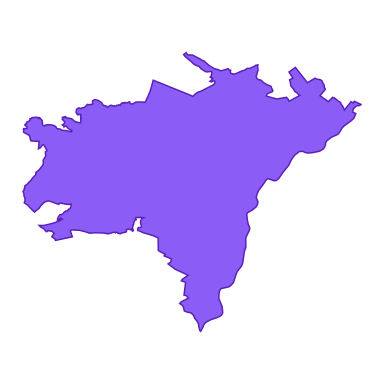 Brancovenesti, Mures, Romania
{"feature_id": "2599482B90638587736477", "entity_name": "Brancovenesti", "entity_type": "district", "adm_level": 2, "iso_a3": "ROU", "parent_name": "Romania", "parent_adm1": "Mures", "projection": "robinson", "projection_center": [24.725, 46.873], "detail": "fine", "context": "isolated", "style": "filled", "palette": "violet", "viewbox_px": 384, "rotation_deg": 0, "n_neighbors": 0, "source": "geoboundaries", "source_scale": "gbopen_adm2", "svg_char_len": 5836}
<svg xmlns="http://www.w3.org/2000/svg" viewBox="0 0 384 384"><path d="M252.3,210.0L256.0,207.0L257.3,204.9L257.8,203.1L257.8,201.1L256.4,198.2L256.5,195.9L258.4,190.8L263.0,184.7L266.7,179.2L268.6,178.8L274.1,180.7L275.3,180.7L276.8,180.2L278.8,178.5L282.7,172.7L288.7,165.3L291.4,159.8L293.2,157.0L295.2,154.7L299.3,151.6L302.6,151.3L305.5,152.6L307.2,153.0L311.9,152.8L319.6,151.2L323.3,149.0L324.2,147.8L325.1,145.8L325.9,142.1L326.6,141.0L331.6,137.2L337.9,134.3L339.1,132.9L342.1,128.1L343.9,126.1L350.9,121.0L353.9,118.2L355.8,113.5L352.5,112.1L353.6,108.3L354.2,108.1L355.2,106.9L356.5,105.9L357.5,105.6L359.4,105.6L360.6,104.9L361.0,104.4L354.3,101.3L353.3,102.9L351.0,101.7L344.4,110.1L343.2,107.1L340.9,103.7L340.5,102.4L338.4,101.1L334.4,97.9L334.2,98.2L332.6,97.3L328.4,101.6L320.0,95.7L324.5,90.4L325.0,89.7L325.2,88.7L324.2,87.3L324.3,86.2L324.0,84.8L322.3,82.1L321.9,80.7L320.1,79.6L316.8,79.1L315.0,78.2L307.4,82.7L295.4,67.4L289.0,72.0L292.8,78.1L289.6,79.8L289.8,80.9L290.2,81.6L290.7,85.3L291.1,86.3L293.8,89.5L294.2,90.6L295.1,91.7L296.9,92.8L298.8,94.9L299.8,95.4L289.2,101.2L288.0,99.0L286.5,97.3L276.9,99.0L266.3,96.1L266.7,94.7L268.2,93.3L272.4,91.7L272.9,90.5L271.5,87.9L271.0,86.3L266.8,84.6L263.1,82.3L261.1,80.2L258.1,79.5L257.4,79.0L256.6,77.7L256.2,76.1L256.9,74.5L257.2,72.5L258.1,70.2L257.7,67.8L257.9,64.9L255.7,65.3L254.9,66.0L249.9,68.4L247.1,68.4L244.5,70.3L242.3,70.7L236.9,73.2L234.1,74.2L233.7,73.9L232.8,74.1L232.3,73.7L230.9,73.4L230.2,71.8L230.7,70.3L229.3,70.0L228.3,68.7L220.9,70.9L218.1,69.6L214.4,68.7L209.1,65.5L203.7,60.7L201.1,59.9L200.6,59.2L192.4,55.0L188.0,54.9L187.4,54.6L186.2,52.7L183.6,54.6L185.2,56.6L191.7,62.0L193.0,63.5L195.2,65.0L199.4,66.7L200.6,68.5L205.5,71.6L207.1,71.9L211.1,71.5L211.8,71.7L211.6,74.6L211.1,76.1L210.4,76.7L210.3,77.4L211.5,77.6L211.8,78.3L212.5,78.0L212.7,78.5L212.6,79.0L209.9,81.4L211.5,81.9L213.3,81.0L214.4,80.8L215.0,82.2L214.4,83.9L213.4,84.8L199.9,91.7L198.0,92.1L195.3,93.9L193.1,96.3L153.2,80.2L150.8,89.1L149.0,94.0L145.2,102.3L141.9,102.0L136.4,102.0L135.8,102.1L132.9,103.9L131.0,103.9L130.5,103.8L129.6,101.9L128.9,101.9L127.6,102.8L126.8,102.9L126.0,102.5L123.7,102.7L124.0,103.2L123.5,103.3L122.3,102.9L121.2,103.4L120.7,105.2L120.4,105.4L119.3,104.8L118.4,104.9L117.4,105.5L116.7,105.3L116.2,105.9L114.9,106.3L114.4,105.7L113.3,106.0L111.0,105.2L109.3,105.9L108.3,107.1L107.2,107.1L106.7,106.2L103.2,105.2L101.6,102.7L98.3,100.4L94.5,99.6L92.5,101.0L92.7,103.8L92.4,104.2L89.0,104.7L87.4,104.4L84.3,107.6L82.3,107.7L80.4,108.7L79.6,108.0L78.4,108.0L76.5,109.4L76.0,112.3L77.5,114.7L78.1,114.2L78.9,114.8L80.0,114.3L81.1,114.8L80.6,116.2L80.7,117.1L81.1,117.7L80.7,118.1L80.9,118.7L80.7,119.1L80.7,120.4L81.1,121.1L80.3,122.9L75.1,121.6L71.6,118.7L65.2,117.5L65.7,116.9L65.6,116.6L62.4,117.3L62.5,118.2L62.2,119.1L63.1,119.4L63.1,120.4L64.4,121.3L64.6,122.8L64.3,123.6L62.3,124.9L63.6,125.8L64.0,127.0L65.4,126.1L66.5,126.2L67.4,127.7L68.6,128.8L71.6,130.4L71.9,131.1L71.6,131.8L70.8,131.4L70.1,131.6L67.6,130.8L61.6,130.2L60.1,129.0L57.3,128.8L56.5,128.2L56.1,127.0L54.5,125.7L52.1,125.0L47.6,124.6L45.0,125.3L45.0,125.8L43.4,125.6L42.4,124.7L42.2,123.9L42.6,122.8L42.1,121.9L42.3,120.7L40.5,118.5L39.2,117.5L38.8,117.6L39.2,118.2L38.8,118.6L37.3,117.4L35.8,117.2L31.9,117.7L31.3,118.5L30.0,118.7L30.3,119.3L29.7,120.4L28.5,121.4L26.9,122.0L26.1,123.4L26.3,124.0L24.9,124.7L25.0,125.3L26.9,126.8L27.1,127.4L27.0,128.1L26.6,128.5L23.6,128.6L23.6,132.2L29.5,135.6L30.7,140.6L31.2,140.9L39.2,141.5L38.4,148.8L40.5,147.7L42.1,145.3L43.2,144.8L44.1,145.4L47.0,150.5L45.3,151.9L45.8,156.0L43.5,159.5L43.1,160.8L43.4,162.4L43.2,163.8L42.8,165.1L39.0,170.0L36.0,172.3L35.6,174.9L32.5,178.0L31.1,180.3L28.8,182.3L27.6,183.8L24.7,186.1L24.7,187.6L24.2,188.9L24.3,189.7L23.0,191.4L23.9,193.8L24.0,196.0L24.9,198.1L25.0,200.5L24.2,202.8L27.5,205.0L33.3,211.1L34.6,212.1L36.3,210.4L38.8,208.7L40.7,205.8L44.6,202.1L47.9,200.9L49.5,201.1L58.7,204.4L60.3,202.9L65.8,204.2L69.8,204.5L71.1,204.0L71.2,204.4L71.0,206.6L69.8,209.0L68.8,209.1L67.3,211.0L66.1,210.9L65.0,211.5L64.0,212.3L63.1,213.7L61.2,214.8L60.0,214.6L58.3,216.9L58.1,217.8L57.7,218.3L57.4,220.1L58.2,220.0L60.9,218.1L62.3,219.2L58.7,221.2L53.5,223.1L44.3,225.4L39.1,225.4L40.5,226.9L43.6,228.7L46.3,231.7L47.2,231.5L48.3,230.6L50.6,231.2L51.9,231.1L54.1,233.4L51.8,236.7L54.8,238.9L55.5,240.4L72.4,236.8L70.3,230.8L71.8,229.9L79.5,230.3L84.9,231.6L89.5,233.2L95.0,232.8L103.2,233.0L108.3,233.8L114.1,232.2L115.3,232.8L116.2,232.2L117.6,232.4L117.9,233.3L120.1,233.8L122.6,232.7L125.7,232.3L126.6,231.0L126.3,230.1L126.5,229.6L128.4,229.0L132.0,230.2L132.3,231.0L132.7,231.1L133.4,230.6L133.4,230.1L132.0,228.7L132.7,228.4L132.6,226.7L133.6,224.5L134.0,221.9L134.7,220.5L135.9,220.0L136.3,219.6L135.5,218.5L136.0,217.5L142.0,217.5L143.5,217.8L142.0,218.4L140.7,220.5L140.5,222.7L140.8,224.1L141.5,225.0L141.1,227.0L140.2,227.7L138.8,227.5L138.0,228.0L137.6,228.9L137.7,230.5L138.4,230.5L143.2,232.7L153.0,235.6L158.1,237.9L158.3,250.3L158.6,250.8L165.3,254.3L164.6,254.9L164.1,255.9L171.5,258.9L170.5,262.2L168.1,263.9L175.3,269.3L188.1,275.2L182.6,279.1L181.4,280.4L181.4,280.9L185.6,282.3L184.0,295.1L186.6,295.8L188.3,298.2L181.5,301.6L179.7,303.5L182.9,305.8L184.4,311.0L188.0,312.4L190.8,312.7L193.4,315.2L194.7,318.3L197.0,321.2L198.3,323.7L198.7,324.9L198.7,326.5L199.5,329.0L199.7,330.4L200.7,331.3L203.1,326.9L203.8,324.7L205.5,322.6L210.7,319.7L216.6,317.8L219.7,316.4L221.5,315.1L222.5,313.5L222.7,312.2L222.1,306.4L218.9,298.7L218.9,294.7L219.4,291.2L220.6,289.1L221.5,288.5L228.6,286.9L230.1,286.1L232.9,283.3L233.6,282.1L236.5,273.2L237.5,271.2L241.6,266.0L242.8,262.5L244.2,252.2L245.9,247.0L245.7,239.1L246.1,237.0L249.3,230.5L249.7,228.6L249.5,227.2L248.2,224.1L247.4,220.3L246.7,214.2L247.9,212.5L252.3,210.0Z" fill="#8b5cf6" stroke="#5b21b6" stroke-width="1.5"/></svg>